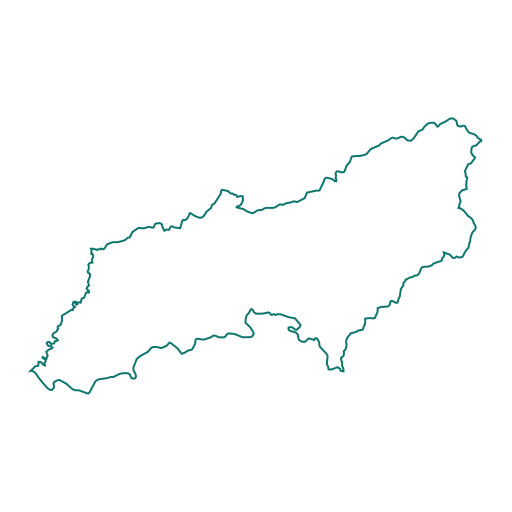 Senqunyane, Mohale's Hoek, Lesotho
{"feature_id": "5366337B33484632256232", "entity_name": "Senqunyane", "entity_type": "district", "adm_level": 2, "iso_a3": "LSO", "parent_name": "Lesotho", "parent_adm1": "Mohale's Hoek", "projection": "natural_earth1", "projection_center": [28.303, -29.937], "detail": "fine", "context": "isolated", "style": "outline", "palette": "teal", "viewbox_px": 512, "rotation_deg": 0, "n_neighbors": 0, "source": "geoboundaries", "source_scale": "gbopen_adm2", "svg_char_len": 6003}
<svg xmlns="http://www.w3.org/2000/svg" viewBox="0 0 512 512"><path d="M87.9,393.6L88.7,393.3L89.6,392.2L95.2,381.7L96.6,380.4L98.8,379.3L107.4,378.1L110.8,376.9L113.0,377.1L119.5,373.9L123.6,373.1L127.9,373.3L129.8,374.4L131.3,378.0L133.6,378.7L135.3,378.1L136.0,376.3L135.5,374.2L133.5,370.2L133.3,367.7L136.8,358.9L140.3,356.0L148.2,351.6L151.2,347.9L152.8,347.1L156.3,346.9L160.7,348.0L162.1,347.8L166.7,345.7L169.5,342.6L171.3,343.4L177.4,348.3L181.7,353.8L184.4,352.8L188.4,350.4L191.2,349.9L192.5,348.9L195.1,343.8L195.4,340.3L195.9,339.5L197.2,338.7L203.3,339.6L204.8,339.4L211.1,337.2L213.3,335.6L215.7,335.8L218.7,337.3L224.3,337.3L225.6,336.2L226.8,334.3L228.6,333.4L234.1,333.9L242.9,337.3L250.8,337.1L252.0,336.4L253.1,335.1L253.7,333.9L253.4,332.2L250.0,327.0L245.6,322.9L245.5,321.8L245.7,319.2L246.5,315.7L248.9,312.9L250.9,309.2L252.1,309.3L253.1,310.3L254.1,312.4L256.1,313.7L263.0,313.6L268.5,312.4L269.5,312.9L270.7,314.5L271.9,314.9L274.0,314.1L275.4,315.0L277.5,314.2L281.0,314.4L288.1,317.0L295.1,318.4L300.3,324.7L300.5,325.8L299.7,327.0L296.8,329.7L294.9,329.5L292.2,327.3L290.8,327.1L288.6,327.5L288.4,328.2L288.8,330.0L290.7,331.1L295.9,332.4L297.9,334.8L298.6,339.2L299.6,340.4L302.1,341.7L305.0,341.8L308.7,338.4L314.2,339.9L315.3,338.2L317.1,338.5L319.1,342.1L319.5,345.8L320.5,347.4L326.2,353.4L327.6,355.9L326.8,364.0L328.2,366.8L328.5,369.2L329.2,369.6L331.7,369.4L337.5,367.2L339.9,368.7L340.8,370.8L343.5,371.3L343.3,368.4L342.1,365.5L342.1,362.2L341.4,360.7L341.0,358.2L341.7,357.1L342.7,356.7L343.5,355.7L344.0,353.3L343.7,351.4L345.3,349.7L346.3,347.0L346.6,344.7L346.0,342.1L346.9,338.3L350.8,333.3L355.9,332.0L358.4,330.5L362.4,329.9L363.5,328.0L363.8,326.2L364.9,324.6L365.3,321.1L365.0,319.3L365.4,318.5L369.8,318.1L373.5,318.4L374.9,318.0L377.6,311.7L377.7,308.1L381.8,306.8L387.5,306.6L388.4,306.2L389.8,304.6L390.3,302.0L391.0,301.0L392.4,301.0L395.8,302.8L397.6,302.6L398.4,299.3L399.8,296.3L400.8,289.4L401.5,287.9L403.3,285.7L403.3,283.8L403.6,282.8L405.6,280.5L405.6,279.8L409.5,277.7L413.0,276.8L414.3,275.7L416.8,275.5L417.6,275.0L419.1,273.5L421.5,267.8L422.3,267.2L424.5,266.7L428.3,266.6L432.0,265.2L433.7,263.4L441.6,260.8L442.1,258.5L443.5,256.9L444.4,254.9L443.8,252.4L449.8,254.6L452.4,257.5L453.1,257.8L454.6,258.0L456.7,256.5L458.6,257.4L460.8,257.4L462.5,256.8L465.8,250.7L468.4,247.8L469.3,243.2L470.2,241.2L470.5,237.7L471.7,234.1L472.7,232.0L475.3,229.4L475.7,227.3L475.5,226.2L473.6,222.9L473.1,220.8L471.5,218.4L468.1,216.0L463.5,210.4L460.4,208.4L458.5,207.9L459.2,206.8L459.2,205.0L460.6,201.6L459.3,196.5L459.1,194.5L459.5,193.0L462.2,190.3L466.7,188.9L466.1,184.7L466.5,183.9L466.4,181.9L467.3,177.6L465.8,176.6L465.7,174.2L464.9,171.1L468.1,164.4L471.2,163.1L474.8,158.2L474.9,157.2L472.7,155.3L471.2,152.6L471.6,147.8L472.0,147.1L473.4,146.3L476.3,145.3L480.3,141.1L481.2,141.2L481.3,139.9L478.0,138.0L476.4,135.8L474.1,134.2L468.9,132.6L466.5,129.2L464.9,126.0L463.4,125.7L460.6,126.6L458.0,125.9L457.2,124.7L456.4,120.9L453.4,118.6L451.2,118.4L449.3,119.0L445.8,121.4L440.2,124.0L437.9,126.6L437.0,126.4L435.8,124.3L434.0,122.7L429.5,123.0L428.0,123.6L424.6,126.4L422.6,129.5L418.4,131.4L413.6,138.4L411.1,140.7L407.6,140.5L404.6,137.7L403.0,136.8L400.6,136.9L397.4,138.5L395.6,138.5L392.5,137.6L390.7,138.4L388.4,140.3L381.4,143.3L378.6,145.7L370.8,149.0L366.3,154.3L360.9,155.8L352.4,156.3L351.4,157.2L350.0,161.8L346.6,165.6L344.6,171.2L343.7,172.1L341.9,172.4L338.1,171.3L337.3,171.3L336.0,172.3L335.5,173.6L336.0,175.0L335.7,178.0L336.5,180.3L336.3,181.1L334.7,181.1L332.8,179.4L330.3,178.5L326.5,177.7L325.7,178.0L324.9,178.6L324.2,179.9L323.6,181.9L319.5,190.5L315.8,190.7L307.0,192.6L304.7,198.1L297.2,202.1L294.1,201.3L290.5,202.5L286.8,203.1L282.9,204.8L279.8,204.4L275.0,207.4L273.0,207.9L266.2,207.9L264.1,208.5L262.0,209.9L257.6,210.3L253.4,213.0L252.1,213.2L247.4,211.6L243.5,209.2L236.6,207.3L236.8,206.6L239.2,205.9L240.8,204.8L242.0,202.6L243.1,200.0L242.7,196.2L240.9,196.1L237.1,196.9L236.5,195.4L235.8,194.8L233.7,194.7L233.0,193.7L230.3,193.3L227.9,191.0L222.0,189.8L221.1,191.3L220.6,194.1L214.5,203.4L212.0,205.0L211.0,208.0L206.2,212.0L204.1,215.6L202.7,216.9L201.3,217.7L199.2,217.7L194.7,215.9L190.4,213.1L189.6,213.3L189.1,215.3L187.0,218.8L185.2,220.1L183.0,220.0L182.2,221.2L180.2,228.2L174.5,227.5L171.9,226.2L170.6,226.8L169.0,229.8L166.3,229.6L164.4,230.8L162.3,226.8L162.1,224.7L161.5,224.0L159.8,223.1L156.0,223.5L155.0,224.2L153.5,227.5L152.8,227.7L148.9,226.8L144.1,228.3L138.3,228.0L132.4,232.0L129.7,237.5L127.9,237.6L124.9,240.2L121.6,241.2L117.8,242.1L112.8,242.2L108.5,243.7L107.0,244.5L105.0,247.7L103.5,249.3L100.6,248.6L100.0,249.3L97.8,249.3L97.4,249.9L93.2,248.8L91.0,248.7L91.5,250.1L91.3,253.6L91.4,254.0L92.3,253.9L93.2,255.8L93.2,256.6L92.0,259.5L92.4,262.6L91.1,262.6L89.4,263.3L88.4,264.7L88.8,266.6L88.7,269.4L87.6,271.7L88.0,272.7L89.9,273.8L90.1,276.1L87.9,281.9L89.0,285.4L87.2,287.1L86.6,288.5L87.2,289.5L89.0,290.9L89.0,292.3L88.7,292.7L87.4,292.1L85.9,293.1L84.4,297.1L83.9,297.8L81.7,298.6L80.6,302.7L78.9,302.3L77.3,302.6L77.4,304.2L76.4,304.7L75.4,303.5L75.6,301.8L73.8,301.7L73.1,302.6L72.6,304.6L73.0,305.6L75.0,307.0L73.3,308.2L72.8,310.1L71.5,309.8L62.2,315.6L61.8,316.5L62.2,320.2L60.8,324.3L60.3,325.2L57.9,326.2L57.6,327.8L58.2,329.1L57.1,330.0L56.6,331.4L53.3,333.4L52.4,335.7L52.9,337.0L57.1,338.9L57.8,340.4L54.7,341.4L54.2,343.3L52.1,343.9L51.1,344.1L49.6,342.1L48.1,341.9L46.9,342.7L46.7,343.2L48.0,345.6L49.2,346.1L51.1,346.2L52.5,347.5L51.9,348.5L49.8,349.0L46.4,351.6L46.5,352.9L47.3,354.2L47.6,356.0L46.9,357.0L46.5,358.7L44.7,358.2L42.8,357.0L42.5,357.8L45.6,359.9L45.7,361.3L44.5,363.0L44.9,365.4L43.3,364.9L41.5,362.6L40.2,361.9L38.5,361.8L38.3,362.3L38.7,363.1L38.0,365.8L35.1,366.4L30.7,370.9L32.2,370.6L35.7,373.2L38.4,377.4L43.0,383.1L47.3,388.0L49.7,389.7L51.7,390.0L53.8,387.9L54.0,386.0L53.5,384.0L54.0,382.1L57.7,380.2L59.5,380.0L66.1,383.6L72.2,388.9L74.9,390.2L79.2,390.4L87.9,393.6Z" fill="none" stroke="#0f766e" stroke-width="2"/></svg>